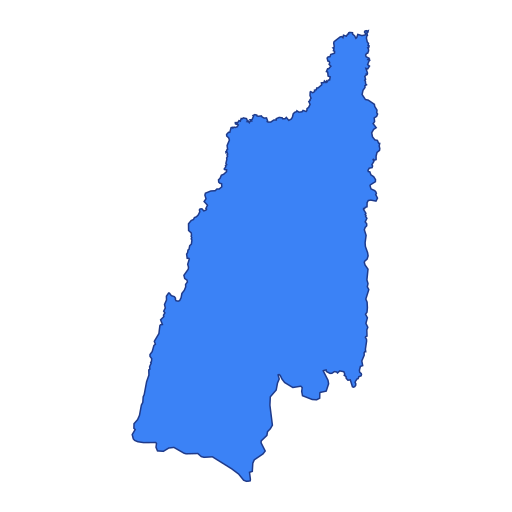 Garzon, Maldonado, Uruguay
{"feature_id": "84410073B70697898104121", "entity_name": "Garzon", "entity_type": "district", "adm_level": 2, "iso_a3": "URY", "parent_name": "Uruguay", "parent_adm1": "Maldonado", "projection": "natural_earth1", "projection_center": [-54.664, -34.23], "detail": "fine", "context": "isolated", "style": "filled", "palette": "blue", "viewbox_px": 512, "rotation_deg": 0, "n_neighbors": 0, "source": "geoboundaries", "source_scale": "gbopen_adm2", "svg_char_len": 6023}
<svg xmlns="http://www.w3.org/2000/svg" viewBox="0 0 512 512"><path d="M227.1,145.5L227.6,149.4L226.7,150.0L226.6,151.4L225.9,151.6L226.0,152.7L227.0,152.2L227.7,154.1L227.0,154.9L227.6,156.2L226.6,158.0L226.9,159.1L225.9,163.4L226.7,164.7L225.5,165.5L225.8,166.8L224.2,169.0L224.9,169.7L226.6,169.8L226.5,171.7L223.6,174.3L221.4,175.2L220.0,178.4L218.5,179.8L218.7,182.1L219.8,183.2L221.6,183.7L221.8,186.8L219.2,189.0L216.9,189.0L215.2,190.7L210.8,191.0L205.4,193.2L204.9,195.1L206.0,198.8L204.1,201.5L207.5,205.2L205.9,208.4L206.6,209.1L205.8,210.2L203.8,210.9L201.9,208.8L200.0,209.0L199.4,209.9L199.8,211.8L198.2,215.0L196.4,216.8L194.4,217.6L193.5,219.5L191.2,220.5L188.5,223.8L188.6,230.5L191.3,233.0L191.5,235.5L191.1,236.1L191.8,237.8L191.2,238.9L191.9,239.9L191.4,244.1L189.7,245.7L189.0,249.3L188.0,250.0L187.6,252.6L186.6,254.1L187.2,258.3L188.8,258.3L189.3,259.0L187.7,264.3L188.5,267.1L188.3,269.1L183.9,275.3L184.7,278.5L187.0,280.1L187.4,282.0L185.6,284.4L185.7,286.9L184.3,290.3L181.9,293.4L181.1,297.7L179.7,300.5L178.2,301.2L176.0,300.7L175.3,299.2L175.5,298.2L174.4,296.7L171.3,295.6L169.4,293.1L168.6,293.0L166.4,296.2L166.5,300.0L164.5,304.5L165.3,308.0L163.7,311.2L164.9,312.9L163.5,315.1L163.8,316.7L160.6,319.8L162.4,324.5L160.5,324.8L159.9,325.6L158.9,333.6L154.3,341.3L155.4,344.2L153.9,345.5L152.2,351.6L150.0,354.5L150.0,356.3L151.7,358.7L151.5,361.2L150.7,362.5L151.2,363.1L149.6,366.7L149.9,369.1L148.8,369.9L148.9,375.1L146.6,381.7L144.2,394.6L143.2,396.8L142.8,402.4L141.4,405.0L139.5,415.3L137.6,419.6L134.0,423.7L133.9,428.3L135.2,429.5L132.2,434.6L133.3,438.9L134.7,440.4L137.7,441.7L143.5,442.6L155.7,442.5L156.5,443.4L156.0,447.3L157.5,450.9L163.4,451.3L168.8,448.0L173.9,447.4L184.0,453.2L186.1,453.8L197.8,453.5L201.3,456.6L204.0,457.3L212.4,456.8L231.8,468.9L238.7,474.1L243.6,480.2L246.4,481.3L248.8,481.1L250.2,480.8L250.4,479.4L249.5,472.3L252.3,471.4L252.8,463.2L254.3,459.8L263.0,453.9L265.2,451.0L261.1,442.9L261.2,440.9L266.9,435.4L267.5,431.7L270.3,428.8L272.4,425.2L269.9,405.2L270.3,396.8L276.2,390.0L277.5,383.0L279.2,379.0L278.1,374.9L279.0,374.5L280.2,375.4L282.0,379.1L284.6,382.5L292.8,387.5L300.8,386.2L302.2,387.6L301.7,391.4L302.5,395.7L312.2,399.5L316.6,399.8L319.7,398.2L319.8,392.9L320.3,392.4L326.2,391.1L328.6,383.8L328.0,380.3L323.2,370.8L323.7,370.5L326.1,369.9L326.4,371.5L330.0,373.4L331.9,373.3L334.4,371.6L336.7,372.0L337.5,373.0L339.7,370.9L343.8,371.7L344.8,374.1L344.2,375.3L346.0,376.5L346.2,378.3L347.9,380.2L350.3,379.9L352.4,386.7L353.3,387.2L354.7,386.7L355.7,385.3L355.8,383.7L355.1,382.5L355.5,381.2L357.2,378.8L358.2,378.6L358.8,376.7L361.1,375.8L361.5,374.6L361.2,373.5L359.7,372.3L359.4,370.2L360.4,366.4L362.7,365.6L361.8,360.9L364.2,355.2L364.1,352.9L364.8,351.7L365.7,351.7L365.4,349.2L366.6,341.1L366.5,339.3L365.4,337.6L365.7,336.6L367.0,336.1L366.8,329.9L367.8,327.3L365.9,323.4L367.4,317.8L365.5,314.2L367.0,312.2L367.4,307.6L367.1,302.1L365.8,299.1L368.8,289.6L367.3,286.8L368.0,283.6L366.9,279.9L368.0,269.2L365.0,264.9L364.3,262.4L364.6,261.3L367.1,259.1L368.1,255.9L367.6,252.7L365.4,246.5L365.1,242.7L366.1,235.4L364.3,229.7L365.2,227.4L366.7,225.8L366.7,223.8L365.2,221.9L366.9,218.3L365.6,216.4L366.0,215.4L365.2,214.5L365.9,213.3L363.5,209.4L363.6,208.5L364.6,208.6L365.2,207.4L367.0,206.8L367.1,202.6L368.3,200.5L370.8,200.1L376.0,201.1L377.5,198.1L375.7,194.6L376.4,193.6L375.9,192.0L374.7,190.6L371.0,188.9L370.0,185.6L370.4,184.8L375.4,181.7L375.5,179.6L373.7,176.7L370.9,174.8L369.8,171.8L368.3,171.6L368.0,170.3L369.2,168.2L372.1,167.6L372.6,166.0L371.9,164.7L373.9,161.4L372.9,158.9L374.4,160.2L376.1,159.6L376.1,156.1L377.0,152.4L379.5,150.4L379.8,148.6L379.2,145.9L379.7,143.4L378.6,143.2L377.4,140.4L374.9,139.9L372.5,136.9L371.7,132.8L373.6,129.4L376.2,127.7L373.1,123.6L374.6,121.6L374.2,117.9L376.6,116.4L377.6,114.0L376.7,112.8L377.0,110.1L374.7,106.4L374.4,104.3L368.2,100.1L365.4,99.5L362.1,94.5L363.0,90.3L365.0,87.5L364.9,85.7L366.5,84.8L365.6,83.8L365.4,81.2L364.7,80.2L365.6,79.4L364.8,76.4L366.3,74.9L366.3,74.1L367.2,74.4L367.5,73.1L365.9,68.4L367.7,68.9L369.5,66.1L367.6,64.6L368.9,61.2L369.8,60.2L369.4,59.6L368.0,59.5L369.1,58.3L366.1,56.7L365.6,55.0L366.6,53.4L367.7,53.2L368.6,50.8L368.4,48.6L367.7,47.8L369.0,47.0L369.0,45.7L368.1,45.5L368.5,43.4L367.3,42.1L366.4,38.1L366.9,35.6L367.4,35.4L366.9,33.1L367.9,32.2L368.2,30.8L367.1,31.4L366.7,30.7L365.1,30.9L364.5,32.0L365.7,33.9L365.1,35.0L361.9,35.6L357.8,34.4L356.7,37.6L355.9,38.3L354.6,35.8L352.7,34.2L352.5,32.7L349.7,32.4L348.7,32.8L348.6,33.9L347.7,34.1L346.3,36.2L343.5,35.2L342.9,37.7L341.7,36.6L340.2,36.9L334.1,41.6L333.7,43.1L334.2,46.3L333.9,47.6L333.0,47.9L334.0,48.9L333.4,50.7L334.6,51.3L334.5,53.2L330.7,54.5L330.0,56.7L328.1,56.9L327.1,58.1L327.9,61.1L329.2,61.4L329.7,62.8L329.1,64.4L330.9,66.2L328.6,68.8L327.6,68.8L326.4,71.6L327.7,72.1L328.1,76.1L330.2,76.9L329.6,80.0L328.4,80.0L327.0,82.0L326.5,81.1L325.8,82.4L324.4,81.0L323.9,82.6L321.4,82.8L321.7,84.9L318.1,87.9L316.7,88.0L316.4,89.7L314.5,90.2L314.7,91.3L313.6,92.3L312.5,92.7L310.7,91.6L310.2,92.0L310.0,95.5L311.0,98.2L309.9,99.9L310.1,100.5L308.8,101.5L310.1,104.4L308.6,107.4L307.0,108.6L306.9,110.5L306.1,111.5L303.0,110.4L302.0,111.8L299.0,112.2L296.9,110.8L296.7,111.6L294.7,112.3L293.2,113.8L292.4,117.2L291.3,119.0L288.8,120.4L286.3,117.4L285.1,118.7L282.7,118.8L282.2,117.8L279.2,117.4L276.2,118.7L276.3,120.0L273.8,120.0L270.7,122.1L268.2,122.1L267.2,121.6L267.6,120.9L266.5,117.9L264.2,118.1L262.1,117.0L261.4,115.9L258.2,116.3L256.9,115.9L256.8,115.1L254.8,114.6L253.0,115.5L253.5,116.1L252.1,119.6L250.2,119.8L251.5,121.0L250.0,121.4L249.3,122.7L248.6,121.8L247.3,121.6L248.1,120.9L247.3,120.6L246.5,118.6L243.3,117.9L242.2,118.8L241.2,118.5L240.3,121.2L239.0,120.6L237.8,122.5L235.3,122.6L235.4,123.8L236.5,124.4L237.3,124.0L238.3,124.9L237.2,126.8L235.2,127.5L234.1,127.1L232.9,128.0L232.6,127.3L231.1,127.6L229.8,132.3L228.5,132.3L226.6,134.4L226.7,136.0L228.7,137.9L229.4,140.1L227.1,145.5Z" fill="#3b82f6" stroke="#1e3a8a" stroke-width="1.5"/></svg>